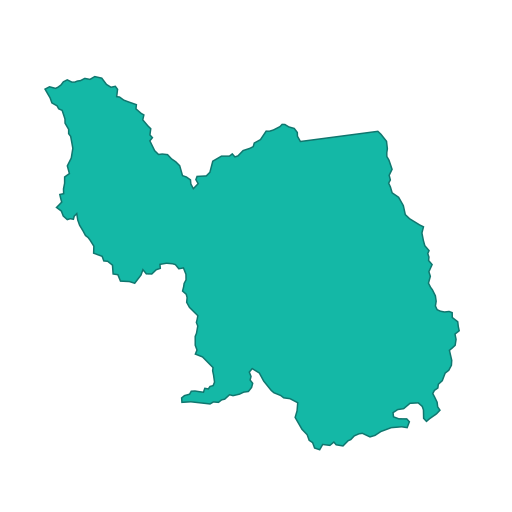 Pantano Grande, Rio Grande do Sul, Brazil (Albers equal-area conic projection), rotated 172°
{"feature_id": "56859067B18096093971388", "entity_name": "Pantano Grande", "entity_type": "district", "adm_level": 2, "iso_a3": "BRA", "parent_name": "Brazil", "parent_adm1": "Rio Grande do Sul", "projection": "albers", "projection_center": [-52.342, -30.265], "detail": "fine", "context": "isolated", "style": "filled", "palette": "teal", "viewbox_px": 512, "rotation_deg": 172, "n_neighbors": 0, "source": "geoboundaries", "source_scale": "gbopen_adm2", "svg_char_len": 3632}
<svg xmlns="http://www.w3.org/2000/svg" viewBox="0 0 512 512"><g transform="rotate(172 256 256)"><path d="M437.8,318.3L434.8,318.8L431.7,317.8L430.5,320.7L427.6,322.9L427.5,316.4L426.4,311.0L423.7,304.7L422.0,300.0L419.7,297.7L418.1,294.8L415.2,288.3L416.4,281.4L408.4,277.1L407.4,272.3L403.6,271.4L399.4,266.9L400.0,258.1L395.4,256.7L393.7,250.0L384.9,248.3L379.9,245.9L372.5,253.2L369.9,258.2L367.1,253.6L361.7,252.7L356.7,256.3L352.5,257.1L352.3,261.1L345.6,261.3L339.6,259.9L337.0,258.7L334.2,254.1L329.5,254.3L327.9,247.6L328.6,242.1L331.0,238.8L331.9,235.7L333.6,231.5L330.4,227.8L330.0,224.4L331.1,219.8L329.0,214.3L326.4,210.9L321.9,205.0L323.1,201.4L324.3,198.5L323.4,194.8L325.7,187.7L327.4,184.8L328.1,179.6L328.6,176.1L327.5,171.1L329.7,167.3L323.0,163.5L314.1,151.5L314.9,148.4L314.6,143.8L314.6,136.9L316.5,133.6L319.7,133.2L321.7,131.0L325.1,132.1L327.0,128.4L331.3,129.6L335.2,130.8L338.9,131.1L341.0,128.4L346.3,127.7L349.4,125.8L349.7,121.4L340.8,120.7L322.1,115.9L318.5,117.4L313.5,116.3L310.1,118.3L306.9,118.6L301.5,122.3L298.2,120.9L291.6,121.5L287.1,122.9L282.4,122.9L278.7,126.4L277.0,130.4L279.1,134.0L277.7,137.4L278.8,142.0L275.4,145.0L269.0,139.7L265.8,131.1L259.6,120.7L257.3,118.1L250.9,114.4L248.3,111.7L242.2,110.0L235.1,104.9L236.9,96.9L239.7,90.7L234.6,78.0L230.2,71.9L229.0,66.1L225.9,63.3L224.7,57.7L219.9,55.3L216.2,60.1L209.2,58.2L204.8,60.9L202.9,57.9L196.3,55.8L190.4,60.3L187.7,61.0L183.7,64.2L178.8,65.6L175.3,65.6L168.3,61.0L163.1,61.8L156.8,64.8L146.0,67.2L135.5,66.6L130.2,65.0L127.2,70.5L129.4,73.7L137.3,74.9L142.2,77.6L142.1,81.8L137.1,84.2L131.0,84.3L124.0,88.7L115.8,88.0L112.3,83.9L111.6,80.3L112.6,71.9L110.2,68.5L106.8,70.7L99.2,74.6L95.3,77.7L97.1,81.3L97.0,86.0L98.8,91.6L100.1,95.2L98.0,98.1L94.3,100.0L93.3,103.6L88.9,106.6L85.0,113.7L81.0,116.0L77.7,120.6L76.7,125.4L77.6,135.7L74.6,137.5L71.2,139.9L69.5,145.6L69.8,151.0L65.2,153.7L65.5,158.0L65.4,162.8L70.2,167.8L69.6,172.6L72.5,174.2L77.1,174.3L81.1,175.7L84.1,177.6L85.3,181.5L83.9,186.1L83.9,191.6L86.0,197.9L87.5,200.7L89.0,205.1L86.2,211.6L87.0,216.4L82.8,223.0L85.7,227.5L84.9,230.9L85.6,234.5L83.9,237.2L87.4,242.7L88.1,248.0L88.5,255.7L86.1,261.6L89.8,264.1L98.7,271.5L102.4,276.2L103.1,285.4L106.6,294.3L112.4,299.6L113.3,305.7L114.5,309.7L112.4,312.6L112.9,317.4L109.2,322.9L111.0,332.4L112.6,336.3L112.1,340.2L111.0,343.9L110.8,351.4L115.3,359.1L118.0,362.5L196.1,363.2L198.3,368.8L197.9,372.6L200.4,377.0L205.6,379.3L209.1,382.2L211.8,382.7L214.2,380.8L221.1,378.4L225.2,377.7L228.6,378.2L235.4,370.6L242.0,368.1L243.5,364.7L246.9,363.5L254.1,362.2L260.0,357.6L263.1,357.1L265.3,360.4L268.4,358.6L276.3,359.7L285.6,355.9L290.0,345.3L294.1,342.2L303.3,343.0L304.9,340.0L303.2,335.7L308.7,331.4L310.5,336.4L310.3,340.5L313.9,343.9L317.6,345.8L319.0,356.0L322.3,360.4L326.2,364.0L329.5,368.7L334.6,370.0L338.4,370.1L341.7,374.4L345.1,384.8L342.1,387.6L344.2,390.7L342.5,396.7L344.9,399.8L349.2,406.6L347.4,411.3L349.9,413.2L354.4,418.4L353.4,422.5L361.5,426.7L365.3,428.8L369.0,432.4L371.8,433.2L369.9,440.3L371.7,443.6L376.1,443.3L380.2,446.7L384.0,453.6L390.7,456.1L395.9,454.0L400.8,455.7L405.4,454.1L408.6,454.1L411.3,453.4L414.1,453.8L418.4,456.7L422.5,455.3L425.3,452.5L428.6,450.7L431.2,449.9L436.9,452.3L441.7,450.6L439.6,445.4L437.9,441.3L436.8,436.0L432.1,432.4L430.9,429.2L427.7,427.2L426.1,418.3L426.6,414.1L423.9,407.5L424.5,403.2L422.9,400.3L422.6,393.9L422.4,388.1L425.3,378.7L430.3,371.5L429.3,363.6L434.5,360.9L435.4,354.7L437.3,349.2L437.8,344.5L441.7,344.2L441.4,340.3L440.9,336.4L446.8,331.8L442.5,327.6L441.3,322.4L437.8,318.3Z" fill="#14b8a6" stroke="#0f766e" stroke-width="1.5"/></g></svg>